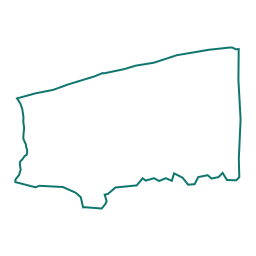 outline of Niagara, New York, United States of America
{"feature_id": "52423323B57402250817644", "entity_name": "Niagara", "entity_type": "district", "adm_level": 2, "iso_a3": "USA", "parent_name": "United States of America", "parent_adm1": "New York", "projection": "robinson", "projection_center": [-78.823, 43.197], "detail": "fine", "context": "isolated", "style": "outline", "palette": "teal", "viewbox_px": 256, "rotation_deg": 0, "n_neighbors": 0, "source": "geoboundaries", "source_scale": "gbopen_adm2", "svg_char_len": 1018}
<svg xmlns="http://www.w3.org/2000/svg" viewBox="0 0 256 256"><path d="M238.7,49.1L235.9,49.3L232.4,47.6L230.1,47.5L208.7,49.8L176.8,55.2L153.9,62.7L135.5,65.7L124.3,69.1L103.7,73.4L102.8,73.0L94.4,76.4L68.2,84.4L53.1,89.9L35.6,93.3L17.0,98.4L20.3,103.4L22.3,109.2L23.4,116.7L23.4,118.3L23.3,122.3L24.2,127.9L23.5,134.1L23.3,138.6L25.0,142.7L25.7,143.8L26.4,147.9L27.1,149.7L27.2,152.2L26.6,154.8L24.6,156.1L23.7,157.5L22.0,159.8L20.7,160.8L19.8,162.9L20.0,165.1L20.2,167.0L20.7,169.7L19.0,175.1L17.2,177.3L15.4,179.7L15.4,182.1L35.6,187.3L39.2,185.8L62.8,187.0L75.2,192.5L77.3,194.0L80.8,197.3L83.1,207.4L84.4,207.2L101.7,208.5L105.6,203.7L106.6,201.1L104.7,194.6L107.9,194.0L115.4,187.5L136.7,185.4L142.7,178.3L145.8,180.6L154.0,178.2L159.1,181.0L165.8,178.2L171.8,180.8L174.1,173.4L182.6,177.7L188.1,184.7L194.6,184.2L198.2,177.1L207.6,175.2L211.5,178.5L218.6,177.1L222.6,172.9L227.0,180.0L236.3,180.3L239.3,177.1L238.8,159.0L240.6,119.3L238.4,80.1L238.7,49.1Z" fill="none" stroke="#0f766e" stroke-width="2"/></svg>